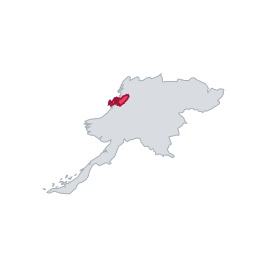 Kyaukpyu, Rakhine, Myanmar shown in context, rotated 64°
{"feature_id": "60261553B96709228149477", "entity_name": "Kyaukpyu", "entity_type": "district", "adm_level": 2, "iso_a3": "MMR", "parent_name": "Myanmar", "parent_adm1": "Rakhine", "projection": "orthographic", "projection_center": [93.863, 19.586], "detail": "fine", "context": "in_parent", "style": "filled", "palette": "rose", "viewbox_px": 256, "rotation_deg": 64, "n_neighbors": 0, "source": "geoboundaries", "source_scale": "gbopen_adm2", "svg_char_len": 8423}
<svg xmlns="http://www.w3.org/2000/svg" viewBox="0 0 256 256"><g transform="rotate(64 128 128)"><path d="M164.2,114.9L161.8,113.8L160.1,114.9L157.3,114.6L157.7,117.0L156.2,117.8L153.4,117.7L151.9,121.3L146.3,122.4L142.5,121.9L140.6,125.1L140.5,128.8L139.5,131.0L140.0,134.8L137.6,135.9L136.1,135.7L137.0,137.4L138.9,138.1L140.1,142.0L139.8,143.6L147.7,152.5L150.2,159.6L152.1,158.6L152.7,159.3L152.0,161.2L149.6,162.7L149.4,170.3L145.5,172.2L145.7,174.7L146.2,176.5L149.8,181.4L153.7,184.7L156.0,188.3L156.5,193.6L156.0,195.9L157.1,199.1L159.2,201.1L161.6,209.5L157.1,217.0L152.5,222.0L152.0,227.2L150.5,229.0L149.8,227.4L149.3,222.0L151.6,218.5L152.2,211.8L153.6,210.4L152.8,209.8L151.0,210.3L151.6,204.9L150.5,204.7L151.4,203.5L150.1,194.6L146.4,188.4L145.9,185.7L145.4,189.4L145.0,188.7L144.8,183.7L142.6,178.3L142.8,177.9L143.8,178.3L142.9,177.1L142.2,177.4L141.5,176.1L140.3,164.9L138.9,163.3L139.3,158.4L140.3,157.2L136.6,157.8L134.8,153.7L134.6,151.5L130.8,148.1L131.5,149.2L130.9,150.3L131.5,152.2L130.1,155.8L128.6,157.5L126.5,158.2L124.9,157.2L124.6,155.3L123.9,155.3L125.4,158.8L119.5,162.0L118.6,164.1L115.5,166.9L114.6,166.6L115.0,162.8L113.2,165.8L110.7,165.9L110.2,161.9L109.2,164.2L107.7,165.0L108.2,158.3L107.8,160.2L105.4,162.9L103.1,163.8L103.6,158.2L106.7,149.4L106.9,146.5L105.2,139.5L102.5,133.7L103.2,133.6L101.4,131.9L101.1,127.5L100.0,129.1L99.9,131.8L97.6,130.4L95.4,126.6L96.3,126.2L98.8,128.0L100.3,127.0L100.6,125.8L96.6,122.1L97.6,120.6L96.3,120.6L92.8,118.8L91.9,119.1L92.3,120.7L91.6,121.2L90.3,118.7L91.2,117.6L90.4,117.5L90.9,115.4L90.6,115.1L89.0,117.9L88.1,117.2L89.1,115.8L88.7,115.0L87.2,113.3L87.4,116.3L83.8,111.6L81.8,105.2L83.4,103.6L86.2,105.5L86.0,97.6L87.2,95.9L90.0,97.4L90.8,95.4L91.9,94.8L91.2,89.4L92.1,86.0L94.0,85.4L94.4,82.6L94.7,78.8L93.8,74.5L95.5,75.6L97.4,75.2L101.9,76.6L103.6,71.7L107.7,63.7L106.2,61.8L106.4,60.7L110.0,56.5L111.9,52.7L111.0,49.3L111.8,46.6L115.1,44.8L122.2,39.1L127.5,38.3L129.7,40.4L131.2,40.6L128.8,35.5L133.2,31.5L133.0,28.4L135.0,25.2L136.2,25.3L137.3,26.8L138.5,26.8L140.6,29.1L142.8,35.6L144.3,34.3L146.3,35.2L147.5,44.8L147.2,50.4L146.0,51.7L147.0,54.0L145.2,54.9L143.9,57.2L142.0,57.4L140.8,60.5L138.9,61.0L137.9,63.4L138.2,65.2L136.7,66.3L136.2,69.4L137.6,70.6L138.1,72.3L136.7,75.8L138.0,76.0L143.2,73.5L147.0,73.8L149.5,73.2L148.0,75.6L149.7,78.7L150.2,83.5L155.8,84.6L156.8,85.8L155.6,87.4L153.9,95.2L161.4,96.0L161.7,99.0L163.4,100.0L163.6,101.7L164.7,102.2L168.7,101.9L170.9,99.8L173.9,98.8L174.2,100.5L173.5,101.7L170.3,103.6L168.2,107.2L168.1,108.0L169.1,108.7L165.4,110.3L164.2,114.9ZM97.7,124.5L100.1,125.9L99.6,127.0L98.1,127.1L96.9,125.2L97.7,124.5ZM147.3,200.0L149.0,202.2L147.4,203.8L147.3,200.0ZM97.4,134.2L96.1,133.4L95.3,132.2L98.0,132.2L97.4,134.2ZM149.8,209.6L149.9,212.5L148.9,212.2L148.2,209.8L149.8,209.6ZM106.7,163.7L105.1,165.6L104.8,164.0L107.1,161.7L106.7,163.7ZM138.7,160.7L137.7,160.2L137.6,158.4L138.3,157.9L139.0,158.8L138.7,160.7ZM146.6,213.2L146.3,212.3L147.4,209.9L147.2,211.9L146.6,213.2ZM146.1,218.7L147.5,220.9L147.2,221.3L145.9,219.6L145.1,219.8L146.1,218.7ZM150.7,207.9L149.2,208.5L149.1,206.5L150.7,207.9ZM147.6,228.9L145.7,230.8L145.9,229.7L147.6,228.9ZM89.8,119.1L90.5,121.5L89.3,118.6L89.8,119.1ZM147.3,195.4L147.3,197.2L146.7,194.3L147.3,195.4ZM95.4,120.8L95.6,122.3L94.5,120.1L95.4,120.8ZM145.5,205.9L144.4,205.0L144.8,204.3L145.4,204.5L145.5,205.9ZM144.7,203.3L144.1,204.5L143.4,203.8L143.9,203.2L144.7,203.3ZM145.0,210.5L145.0,211.5L144.2,209.1L145.0,210.5ZM109.3,165.9L108.5,165.9L109.5,164.7L109.6,165.1L109.3,165.9ZM150.1,218.8L149.4,218.6L149.9,217.4L150.1,218.8Z" fill="#d9dde1" stroke="#a8b0b8" stroke-width="1"/><path d="M99.1,113.4L98.9,113.3L98.4,113.3L98.5,113.5L98.4,113.7L98.5,113.8L98.3,114.0L98.2,114.1L98.0,113.9L97.5,114.3L97.7,114.6L97.7,115.3L97.4,115.8L97.6,116.0L97.7,116.4L97.5,116.8L97.7,117.0L97.5,117.3L97.7,117.9L97.3,118.3L97.5,118.6L97.4,118.8L97.6,119.0L98.0,119.5L98.1,120.0L98.4,120.6L98.4,120.9L98.5,120.8L98.5,120.5L98.5,120.9L98.6,121.0L98.4,121.1L98.6,121.5L98.4,121.7L98.4,122.2L98.2,122.3L98.4,122.4L98.4,122.5L98.6,122.8L98.6,122.6L98.8,122.8L98.6,123.1L98.8,123.1L98.9,123.3L99.1,123.3L98.8,123.2L98.4,123.1L98.8,123.6L98.3,123.3L97.8,123.7L97.7,123.8L98.2,124.1L98.4,124.0L98.8,124.0L98.5,124.0L98.3,124.2L98.5,124.4L99.4,125.2L99.8,125.3L100.0,125.2L100.1,124.9L99.9,124.6L100.0,124.4L100.0,124.6L100.1,124.8L100.0,125.1L99.9,125.4L99.6,125.5L99.8,125.6L100.2,125.8L100.4,125.6L100.6,125.7L100.4,126.0L100.1,125.8L99.8,125.7L99.5,125.5L99.2,125.5L99.2,125.8L99.1,125.6L99.2,125.3L98.8,125.4L98.3,125.1L98.3,125.3L98.2,125.3L98.3,125.0L98.0,124.9L98.0,124.6L97.6,124.6L97.4,124.4L97.2,124.5L97.1,124.8L96.9,125.1L97.2,125.4L96.9,125.2L96.8,125.3L96.9,125.5L97.0,125.6L97.0,125.8L97.4,126.2L97.6,126.2L97.8,126.1L97.9,126.3L97.8,126.1L97.6,126.2L97.8,126.4L97.9,126.8L98.0,126.7L98.3,126.9L98.0,126.7L97.9,126.8L98.0,127.1L98.2,127.3L98.5,127.3L99.0,127.4L99.3,127.3L99.4,126.8L99.2,126.6L99.2,126.4L99.5,126.8L99.4,127.1L99.7,127.0L99.7,126.6L99.8,126.5L99.8,127.0L99.4,127.2L99.5,127.5L99.8,127.3L100.0,126.9L100.3,126.7L100.4,126.3L100.5,126.3L100.8,126.5L100.4,126.4L100.4,126.8L100.1,126.9L100.0,127.1L100.3,127.3L100.0,127.3L99.9,127.4L99.3,127.9L99.3,128.1L99.5,128.3L99.3,128.1L99.3,127.9L99.2,128.0L99.2,127.9L98.7,128.2L98.4,128.2L97.8,127.8L97.7,127.5L97.8,127.5L97.8,127.4L97.5,127.3L97.3,127.4L97.1,127.6L97.1,128.0L97.1,127.9L97.0,128.2L96.9,128.4L96.9,128.0L97.2,127.4L97.2,127.2L96.8,127.0L96.7,126.9L96.6,127.0L96.7,126.9L96.8,126.9L96.8,126.6L96.6,126.5L96.5,126.1L96.3,126.1L96.2,126.1L95.9,125.8L95.6,125.9L95.3,126.1L95.1,126.6L96.4,129.0L96.9,129.2L97.0,129.8L97.1,130.1L97.2,130.5L97.3,130.7L97.5,130.6L97.8,131.0L98.2,131.0L98.6,131.3L99.3,131.8L99.2,131.8L99.6,131.9L100.0,132.4L100.1,132.2L100.2,131.8L100.2,131.6L100.4,131.5L100.5,131.0L100.2,130.5L100.2,130.1L100.2,129.5L100.3,129.3L100.0,129.1L99.7,128.4L99.9,128.5L100.0,128.4L100.1,128.6L100.2,129.1L100.4,129.1L100.7,129.0L100.8,128.9L100.6,128.6L100.5,128.2L100.6,128.6L100.8,128.7L101.0,128.3L100.9,127.4L101.0,126.9L101.3,126.7L101.4,126.4L101.6,126.7L101.9,126.7L102.2,126.9L102.4,127.0L102.3,127.4L102.5,127.5L102.8,127.6L103.0,127.4L102.9,127.2L103.1,127.0L103.1,126.5L103.1,126.4L102.8,126.3L102.8,126.2L102.8,125.8L102.7,125.6L102.7,125.3L102.9,125.4L103.0,125.3L103.3,125.4L103.5,125.9L103.7,125.6L103.8,125.6L104.1,125.9L104.3,125.9L104.6,125.7L104.7,125.3L104.4,124.8L104.5,124.7L104.3,124.4L104.3,123.8L104.2,123.7L104.2,123.3L103.6,121.6L103.7,121.4L103.9,121.3L103.8,121.1L103.8,120.4L103.5,120.4L103.2,119.8L103.0,119.3L102.8,118.9L102.9,118.4L102.4,118.2L102.4,117.7L102.1,117.4L102.0,117.2L102.1,116.9L101.9,116.6L102.0,116.5L101.7,116.3L101.5,115.9L101.5,115.5L101.1,115.5L101.1,115.2L100.9,115.1L100.7,114.8L100.7,114.7L100.6,114.4L100.5,114.2L100.3,113.8L100.0,113.7L100.0,113.4L99.8,113.3L99.5,113.5L99.1,113.4ZM96.8,131.9L96.6,131.6L96.4,131.8L95.9,132.0L95.3,132.0L95.2,132.1L95.9,133.3L96.4,133.7L96.8,134.0L97.0,134.2L97.1,134.4L97.5,134.4L97.8,134.3L97.9,134.0L98.0,133.8L98.1,133.7L98.2,133.4L98.0,133.0L98.1,132.8L98.0,132.6L98.0,132.3L98.0,131.9L97.4,132.1L96.8,131.9ZM98.7,125.3L99.2,125.2L98.2,124.8L98.3,124.9L98.7,125.3ZM100.4,132.6L100.0,132.7L100.1,133.0L100.5,133.1L100.4,132.9L100.4,132.6ZM97.2,126.5L96.9,126.7L97.0,127.0L97.6,127.3L97.4,127.2L97.3,126.8L97.4,126.6L97.2,126.5ZM99.0,127.7L98.9,127.4L98.5,127.3L98.3,127.4L98.5,127.7L99.0,127.7ZM97.0,125.8L96.7,125.2L96.5,125.3L96.4,125.4L96.7,125.7L97.0,125.8ZM97.2,124.4L96.8,124.4L96.9,124.5L97.0,124.9L97.2,124.4ZM98.5,135.1L98.5,134.4L98.4,134.4L98.4,134.7L98.3,134.9L98.5,135.1ZM95.9,125.3L95.5,124.9L95.7,125.2L95.7,125.4L95.9,125.4L96.5,125.6L96.4,125.4L95.9,125.3ZM99.2,127.4L99.1,127.6L99.2,127.4ZM100.8,133.7L100.6,133.5L100.4,133.6L100.6,133.7L100.8,133.7ZM97.4,126.4L97.1,126.2L97.2,126.3L97.4,126.4ZM96.8,123.8L96.5,123.8L96.5,124.0L96.6,123.8L96.9,124.0L96.8,123.8ZM96.6,125.9L96.6,125.7L96.5,125.8L96.6,125.9ZM96.9,126.2L96.7,125.9L96.8,126.0L96.9,126.2ZM97.9,124.2L97.6,124.0L97.9,124.2ZM98.6,122.9L98.7,122.7L98.6,122.9ZM95.8,125.6L95.7,125.4L95.8,125.6ZM98.6,133.8L98.8,133.8L98.7,133.7L98.6,133.8ZM97.2,126.1L97.1,125.9L97.1,126.0L97.2,126.1ZM98.8,127.9L98.7,127.8L98.8,127.9ZM95.5,124.6L95.4,124.6L95.3,124.4L95.3,124.5L95.5,124.6ZM95.8,124.9L95.6,124.6L95.8,124.9ZM96.5,124.6L96.4,124.5L96.5,124.6Z" fill="#f43f5e" stroke="#9f1239" stroke-width="1.5"/></g></svg>